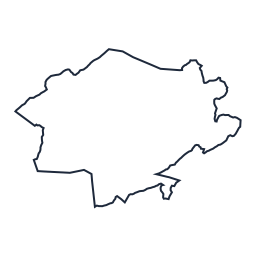 outline of Assaré, Ceará, Brazil
{"feature_id": "56859067B95707829386079", "entity_name": "Assaré", "entity_type": "district", "adm_level": 2, "iso_a3": "BRA", "parent_name": "Brazil", "parent_adm1": "Ceará", "projection": "natural_earth1", "projection_center": [-39.823, -6.92], "detail": "fine", "context": "isolated", "style": "outline", "palette": "slate", "viewbox_px": 256, "rotation_deg": 0, "n_neighbors": 0, "source": "geoboundaries", "source_scale": "gbopen_adm2", "svg_char_len": 3477}
<svg xmlns="http://www.w3.org/2000/svg" viewBox="0 0 256 256"><path d="M226.3,140.4L227.2,138.5L228.3,136.2L230.3,135.2L232.3,136.2L233.8,135.9L235.7,133.8L236.8,131.8L237.5,130.6L238.2,129.2L239.1,127.7L240.2,126.8L240.3,125.0L240.6,120.2L238.6,118.9L236.9,117.8L234.9,117.1L233.1,117.5L230.0,116.2L228.6,115.0L227.2,115.0L225.1,115.1L223.4,114.6L221.6,115.0L219.2,115.9L218.3,117.4L217.0,119.9L216.6,121.5L215.3,121.3L214.6,118.9L215.0,116.5L215.5,114.9L215.0,113.4L215.8,111.0L216.7,108.4L215.0,105.3L214.3,103.7L214.2,101.3L214.3,99.8L215.3,98.9L216.6,98.4L218.0,98.8L219.3,99.0L221.0,97.6L222.6,97.0L223.8,96.1L225.0,95.2L225.8,93.7L226.8,92.0L227.2,90.4L226.7,89.1L227.4,87.6L226.3,86.4L225.4,84.4L224.4,82.2L222.6,81.5L220.4,80.6L220.1,78.0L218.5,77.7L217.3,79.1L215.8,80.1L213.5,80.6L211.1,80.7L209.4,80.7L207.7,82.0L206.2,82.8L204.3,82.9L203.6,81.3L203.5,79.5L203.2,77.6L202.5,75.7L201.8,73.0L201.5,71.0L200.3,69.6L199.8,68.0L201.7,65.8L200.6,65.1L198.4,64.0L197.0,62.0L196.1,60.3L194.4,60.3L192.3,60.5L190.4,60.3L189.7,62.0L188.7,62.9L187.1,63.9L186.0,64.9L184.7,65.3L183.1,66.6L182.0,68.2L182.1,70.0L179.7,70.2L167.4,69.3L160.5,68.8L151.7,65.0L138.4,59.4L133.1,57.2L122.7,51.4L108.9,49.2L107.0,50.8L104.3,53.3L101.4,55.7L99.8,57.2L97.6,58.6L95.7,59.5L94.4,60.1L93.0,61.0L91.7,62.1L90.5,63.1L89.7,64.2L88.0,65.8L87.0,67.0L85.0,68.5L83.5,69.6L81.6,70.0L80.2,70.3L78.5,72.7L76.9,73.8L75.6,74.9L73.5,74.6L72.4,72.9L71.1,72.1L70.3,71.0L69.4,69.7L68.0,69.4L65.7,70.0L63.4,71.3L62.0,72.6L60.3,74.0L58.4,74.7L57.1,74.8L55.2,75.1L52.7,75.6L51.0,76.0L50.0,76.8L47.8,78.7L46.6,79.9L45.5,82.0L45.5,83.9L45.1,86.0L45.9,87.3L46.8,89.5L44.1,91.5L42.9,92.1L40.8,93.3L39.5,94.6L36.0,96.2L33.6,97.8L29.9,97.9L26.5,101.3L25.6,102.7L24.6,103.9L22.0,105.3L20.0,107.2L18.6,108.4L17.5,109.3L16.4,110.2L15.4,111.4L34.8,125.8L36.4,124.6L37.4,125.4L39.3,125.2L40.7,126.1L41.6,127.0L43.6,128.0L42.8,130.2L43.0,132.7L43.2,134.9L41.8,137.0L41.9,139.6L42.1,141.3L42.4,142.8L41.3,144.9L40.5,147.3L40.5,148.9L40.3,150.4L39.6,152.2L38.7,153.3L38.2,155.0L37.8,156.7L36.8,159.0L35.1,159.3L33.8,159.9L37.7,171.1L44.4,171.5L69.9,172.8L79.7,170.8L84.0,169.9L91.5,174.0L92.1,181.3L94.9,206.8L96.8,205.6L98.7,206.1L100.4,206.1L102.2,206.2L104.1,205.6L106.3,205.1L108.2,204.2L110.3,203.3L111.6,203.1L112.9,202.4L113.9,200.5L115.3,198.8L115.7,197.0L117.1,196.1L121.3,199.2L124.8,202.4L129.1,194.9L130.6,194.2L132.4,194.3L133.9,193.7L135.0,192.9L137.0,192.2L139.5,191.2L141.2,191.0L143.4,190.8L145.3,189.9L146.9,188.8L148.9,188.2L150.7,187.9L152.6,187.2L154.5,186.7L156.2,185.8L157.5,185.5L159.0,184.2L161.0,183.6L163.1,185.0L161.5,185.4L160.7,187.3L160.6,188.8L161.0,190.8L162.5,192.6L163.4,194.0L163.1,197.3L163.8,198.7L165.4,198.5L168.6,199.1L169.5,196.4L170.3,195.0L171.9,192.3L170.6,190.2L170.7,187.9L171.9,185.7L174.3,186.1L176.2,182.7L179.3,180.5L169.0,177.2L167.1,176.8L156.4,174.2L159.0,173.4L160.8,172.5L162.6,171.5L164.6,170.4L165.8,169.5L167.3,169.2L168.4,168.2L169.3,167.0L170.2,165.5L171.4,165.2L173.0,164.9L174.8,164.6L175.9,162.7L177.2,161.6L178.6,160.1L180.0,158.7L181.1,157.9L182.4,156.6L183.8,155.3L185.0,154.3L187.5,152.5L189.3,151.4L190.8,151.0L191.9,150.2L192.5,148.7L193.8,147.1L195.1,145.4L196.5,144.9L198.6,145.2L199.2,146.5L200.6,147.3L200.9,148.7L204.1,149.1L203.0,152.5L204.1,153.3L205.6,152.4L206.9,151.3L209.0,150.6L210.2,149.9L213.2,148.6L214.9,147.3L216.9,146.2L218.4,145.0L220.4,144.6L222.5,143.3L224.6,141.7L226.3,140.4Z" fill="none" stroke="#1e293b" stroke-width="2"/></svg>